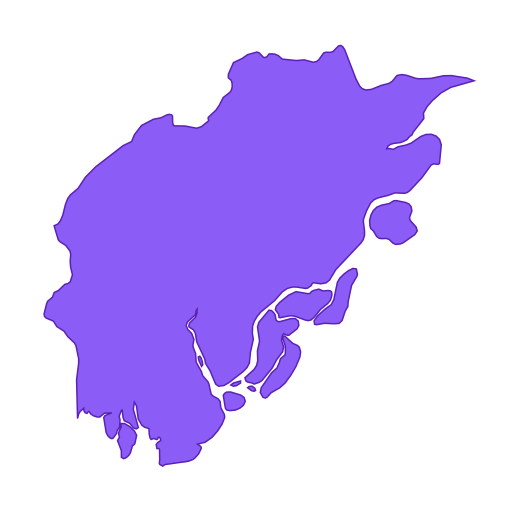 Riau, Mercator projection, rotated 93°
{"feature_id": "IDN-492", "entity_name": "Riau", "entity_type": "Province", "adm_level": 1, "iso_a3": "IDN", "parent_name": "Indonesia", "parent_adm1": "", "projection": "mercator", "projection_center": [102.223, 0.735], "detail": "fine", "context": "isolated", "style": "filled", "palette": "violet", "viewbox_px": 512, "rotation_deg": 93, "n_neighbors": 0, "source": "natural_earth", "source_scale": "10m", "svg_char_len": 6096}
<svg xmlns="http://www.w3.org/2000/svg" viewBox="0 0 512 512"><g transform="rotate(93 256 256)"><path d="M69.6,47.4L77.4,70.3L83.4,79.7L91.8,88.2L97.9,93.0L104.4,96.2L110.0,95.6L124.1,105.5L126.8,106.5L129.0,109.2L131.7,111.1L133.6,114.2L135.2,117.8L136.3,124.1L137.4,127.4L139.4,130.0L142.2,131.0L141.6,129.2L142.3,124.5L139.5,119.9L137.4,112.1L135.1,106.9L128.0,97.7L125.7,92.5L125.3,87.1L126.8,82.4L130.0,78.8L135.2,76.8L154.0,77.6L154.9,78.9L154.7,83.4L155.9,85.8L169.1,94.4L182.6,105.7L184.6,108.2L185.6,110.8L185.7,120.6L188.5,127.1L191.5,137.0L193.7,141.2L197.2,144.4L204.9,147.9L213.2,150.5L216.0,150.6L225.4,148.9L229.8,148.7L234.1,149.8L237.4,151.8L265.3,175.5L276.3,181.4L279.2,184.7L280.4,190.0L279.7,197.3L280.8,198.6L282.6,199.2L285.4,202.8L285.8,204.8L284.9,213.7L285.1,218.1L286.7,222.9L290.3,227.7L299.6,235.1L311.5,248.1L316.0,251.5L321.2,254.3L326.0,255.7L333.4,255.6L339.3,254.3L352.3,256.5L363.3,257.0L368.0,259.2L372.1,262.8L383.8,276.3L387.0,281.2L388.0,286.5L386.0,289.6L373.0,295.9L365.8,300.8L361.5,301.8L344.8,310.7L336.8,312.4L334.7,313.4L332.9,314.8L330.6,318.9L329.5,319.5L326.4,318.9L320.4,313.2L315.5,311.9L312.1,312.0L313.2,312.8L317.9,313.4L325.3,320.9L329.0,322.1L332.9,320.3L336.6,316.2L342.5,313.6L347.8,314.3L350.3,314.0L356.6,311.2L364.3,310.3L366.2,309.6L374.3,304.4L378.3,303.0L384.0,297.5L386.1,296.4L396.4,293.5L398.2,291.4L400.5,286.5L403.0,284.3L409.5,283.1L415.9,279.3L418.9,278.8L425.7,281.1L432.5,285.0L439.4,290.4L444.7,297.1L446.9,304.6L449.0,301.3L450.1,300.6L451.3,300.7L456.5,302.9L461.1,306.6L462.6,308.5L464.5,312.8L469.1,336.3L470.7,338.1L469.3,341.1L468.1,341.7L464.1,341.5L454.3,342.2L453.4,342.7L453.5,344.9L449.5,345.8L447.5,344.5L445.2,341.5L443.5,341.8L442.1,343.0L442.3,344.3L443.9,344.6L444.5,345.4L443.6,348.7L444.7,351.1L443.4,352.2L439.7,353.3L434.0,353.8L432.7,358.5L430.9,361.2L424.9,365.1L411.9,367.5L408.4,369.8L415.5,370.5L433.5,364.5L435.0,366.6L434.1,369.3L429.7,373.4L427.4,379.0L424.3,380.3L417.0,381.5L417.0,382.3L423.3,384.3L426.6,383.2L433.9,383.3L438.2,385.7L440.7,386.1L445.1,388.9L446.0,390.3L445.2,392.5L443.1,394.7L440.1,396.4L425.3,399.6L423.4,398.6L420.1,391.7L421.0,399.2L424.9,403.5L425.1,406.2L424.2,409.6L422.5,412.7L420.1,414.5L420.1,415.3L422.0,416.5L421.6,418.3L419.7,419.7L417.0,420.0L420.5,423.5L423.2,424.9L427.7,425.7L388.9,428.7L372.6,427.5L367.9,427.7L355.0,431.1L352.3,432.8L346.3,439.8L341.0,443.9L336.9,451.2L331.6,454.9L329.0,462.3L327.3,464.1L324.8,464.6L314.6,462.6L312.1,461.7L307.8,457.1L303.0,455.6L300.8,451.5L294.3,445.4L293.4,442.6L291.7,440.3L284.5,438.3L276.6,440.6L270.9,441.3L264.3,441.1L261.0,441.9L255.4,446.5L252.0,452.5L250.2,454.3L236.4,459.2L234.4,455.5L231.1,453.2L225.4,451.1L214.5,449.0L208.4,447.0L204.6,444.5L197.9,437.3L186.1,430.4L175.3,420.7L152.8,394.6L148.2,386.2L141.3,383.8L131.7,377.2L124.8,365.6L122.9,358.0L119.6,352.1L119.1,349.8L119.5,347.6L120.7,346.7L127.3,346.2L129.7,345.3L130.3,344.5L129.9,333.7L131.5,322.0L129.7,317.3L123.5,310.4L120.5,311.1L119.8,310.7L112.4,303.6L107.7,300.7L99.4,297.0L94.5,291.3L92.1,289.4L88.1,288.6L84.5,289.0L81.8,290.0L79.5,293.0L75.9,293.1L64.0,288.6L59.5,280.2L55.4,275.0L52.3,265.9L52.9,263.5L57.3,258.8L57.3,257.2L56.3,255.5L53.5,253.4L53.3,250.2L53.4,247.8L54.6,244.4L58.0,240.0L58.7,226.0L57.6,218.1L59.5,208.9L58.6,205.7L56.8,203.6L49.6,199.0L48.8,196.7L48.8,192.7L47.9,189.9L41.8,184.5L41.3,182.2L42.6,180.2L45.6,178.1L73.8,165.5L81.0,161.3L83.3,158.7L84.5,155.0L83.5,149.3L79.1,139.9L76.7,132.3L74.4,129.1L68.4,124.7L67.2,120.1L67.6,115.3L70.2,105.8L70.5,102.5L69.5,90.7L66.2,78.2L65.6,70.4L67.3,54.2L69.6,47.4ZM382.0,246.1L384.0,251.2L383.0,253.4L382.4,257.7L381.3,259.5L378.2,260.7L369.4,252.0L365.3,249.7L360.5,248.8L350.7,249.6L340.9,248.0L326.7,250.8L322.0,249.6L309.4,240.2L309.7,237.7L311.5,235.5L313.8,233.8L318.9,232.6L320.2,231.0L320.3,228.8L316.7,217.9L316.4,213.5L318.8,210.4L323.3,209.6L326.6,211.2L333.4,219.0L333.5,220.6L332.2,224.4L334.1,225.5L338.9,226.1L345.2,223.7L350.3,224.4L358.2,229.8L367.0,233.9L379.9,243.4L382.0,246.1ZM226.3,98.5L235.1,109.7L236.5,112.7L237.1,117.0L236.2,119.6L232.5,123.9L231.7,126.7L232.1,131.9L231.8,134.1L230.2,136.5L224.6,140.3L222.6,142.9L219.9,143.8L214.4,144.4L209.0,143.3L204.5,141.2L200.9,137.9L198.7,133.4L196.6,125.6L193.7,121.4L193.3,119.0L194.7,109.4L196.1,105.9L198.7,103.6L203.0,102.7L209.1,104.6L211.3,104.4L213.1,103.2L218.7,97.6L222.6,96.3L226.3,98.5ZM317.1,197.9L317.8,200.5L317.4,203.4L314.1,214.1L313.9,216.9L314.1,219.8L316.4,228.8L316.1,229.8L312.9,230.4L308.6,233.9L305.1,233.1L301.0,229.8L293.4,221.4L289.5,214.2L290.9,202.3L290.5,200.2L288.3,198.4L287.2,196.1L285.8,191.5L287.4,187.2L286.7,182.4L286.9,180.0L287.7,178.8L289.3,178.3L291.8,178.2L296.1,179.3L299.7,181.9L305.9,188.7L314.5,195.0L317.1,197.9ZM319.6,184.0L321.4,191.8L321.2,193.9L317.7,194.6L312.6,191.4L305.5,184.4L300.6,178.3L295.5,176.0L278.2,173.4L273.8,171.2L269.3,167.1L265.8,162.9L263.3,158.5L263.7,155.1L269.0,153.7L271.1,154.2L280.3,159.0L296.9,161.6L301.6,161.6L306.3,164.0L315.8,166.6L319.0,169.5L319.6,175.0L319.6,184.0ZM391.9,233.9L396.1,237.2L397.4,239.2L396.6,241.8L392.0,244.6L387.3,243.9L371.8,234.3L366.7,229.2L361.2,227.1L357.3,226.2L353.4,222.0L351.5,221.6L344.4,222.0L337.0,224.9L334.6,224.5L334.4,223.1L341.3,214.7L343.2,209.9L344.8,208.0L349.4,206.4L354.7,206.9L364.4,210.4L373.6,215.2L381.6,220.5L386.3,225.3L391.9,233.9ZM459.1,371.1L461.6,372.5L464.0,374.8L465.3,377.4L464.1,379.9L457.4,380.3L447.6,384.6L443.9,382.9L440.0,384.1L433.5,381.7L430.3,382.3L430.2,378.5L433.0,373.1L437.2,368.2L441.3,365.8L449.4,367.1L450.8,367.8L451.8,369.4L459.1,371.1ZM411.0,268.6L411.8,274.3L411.3,277.3L409.6,278.6L396.9,281.4L394.9,280.2L393.5,278.4L393.1,274.5L395.6,264.1L397.9,260.5L401.7,259.1L405.7,260.7L408.7,264.0L411.0,268.6ZM386.5,268.7L387.2,271.5L386.2,274.4L384.0,271.9L381.6,264.9L383.7,264.8L386.5,268.7ZM390.3,249.4L391.2,250.9L390.7,253.4L388.0,257.5L386.7,256.1L386.2,253.1L388.2,250.2L390.3,249.4ZM359.0,306.9L360.7,305.5L364.2,304.1L367.5,303.5L369.1,304.6L363.1,307.7L359.9,308.4L359.0,306.9Z" fill="#8b5cf6" stroke="#5b21b6" stroke-width="1.5"/></g></svg>